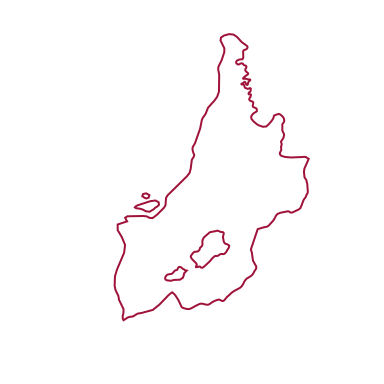 map outline of Selangor (Robinson projection), rotated 53°
{"feature_id": "MYS-1148", "entity_name": "Selangor", "entity_type": "State", "adm_level": 1, "iso_a3": "MYS", "parent_name": "Malaysia", "parent_adm1": "", "projection": "robinson", "projection_center": [101.463, 3.229], "detail": "fine", "context": "isolated", "style": "outline", "palette": "rose", "viewbox_px": 384, "rotation_deg": 53, "n_neighbors": 0, "source": "natural_earth", "source_scale": "10m", "svg_char_len": 5947}
<svg xmlns="http://www.w3.org/2000/svg" viewBox="0 0 384 384"><g transform="rotate(53 192 192)"><path d="M253.2,323.8L251.7,323.6L249.4,322.1L247.6,319.8L244.4,317.2L234.3,315.2L230.5,313.3L224.3,312.1L220.3,310.2L213.0,304.3L208.8,298.6L199.7,282.8L194.0,277.3L185.9,275.2L177.7,274.3L173.2,270.9L176.4,261.5L172.3,260.9L172.6,258.1L181.8,245.4L184.4,242.7L187.1,241.5L189.1,239.1L189.1,233.7L187.7,223.7L186.5,221.0L181.2,216.4L180.0,213.7L176.4,186.6L175.3,182.5L172.7,179.1L166.4,173.0L165.6,171.4L165.0,169.5L163.9,168.0L160.2,166.9L158.4,166.0L156.9,164.8L156.3,163.8L155.0,160.5L146.3,147.4L140.5,140.9L139.4,139.1L137.9,134.3L134.3,128.4L132.5,119.1L131.1,114.6L128.1,110.1L114.7,99.7L110.2,97.5L108.4,96.1L107.4,94.6L104.5,88.9L99.8,82.1L96.7,79.7L88.1,78.0L86.1,75.9L86.3,72.3L88.2,67.4L91.3,64.1L92.0,63.8L95.5,62.7L102.2,62.1L107.3,60.5L108.8,60.2L109.5,60.3L110.1,60.8L110.6,61.8L110.6,62.7L110.5,63.5L110.1,64.8L110.0,65.5L110.2,66.1L110.5,66.6L115.1,69.8L116.0,70.9L116.3,71.7L116.0,72.4L115.3,73.4L114.7,74.6L114.3,75.9L114.2,76.7L114.2,77.4L114.5,78.1L114.8,78.6L115.5,79.0L116.3,79.1L117.6,78.6L118.1,78.2L118.4,77.7L118.6,76.2L118.8,75.5L119.1,74.9L119.5,74.6L120.2,74.2L121.5,74.2L122.0,74.1L123.1,73.3L123.6,73.0L124.3,73.0L124.9,73.3L125.6,74.3L125.9,75.2L126.4,75.9L127.1,76.3L128.6,76.3L130.2,75.8L130.8,75.8L131.4,76.0L131.7,77.0L131.5,79.4L131.7,80.8L131.7,81.5L131.8,82.3L132.0,82.8L132.4,82.9L132.9,82.4L133.6,81.2L134.1,80.7L135.1,80.1L135.6,79.7L136.0,79.3L136.7,78.2L137.2,78.0L137.6,78.0L137.9,78.8L138.0,80.2L138.2,80.9L138.5,81.4L139.4,82.3L139.7,82.8L139.8,83.3L139.4,83.8L138.6,83.9L136.9,83.5L136.1,83.5L135.6,83.9L135.8,85.2L135.7,85.9L135.4,87.1L135.5,87.6L135.9,87.6L137.2,86.3L137.9,86.1L138.7,86.3L139.8,86.8L140.7,86.9L143.1,85.5L143.5,84.7L143.9,83.2L144.3,82.9L145.0,82.9L146.6,84.5L146.9,85.3L146.8,86.5L147.0,87.1L147.4,87.6L147.9,87.8L148.4,87.7L148.8,86.9L149.2,86.4L149.8,86.4L150.6,87.1L151.0,87.8L152.2,90.4L152.8,90.7L153.5,90.8L154.8,90.3L156.2,89.3L156.8,89.1L157.5,89.3L158.5,90.2L159.6,91.6L160.2,91.9L160.9,92.0L163.5,90.5L164.8,90.4L166.5,91.6L166.5,93.3L166.2,94.8L166.2,95.7L166.5,97.2L167.0,98.5L167.3,99.1L167.7,99.6L168.2,99.9L168.8,100.2L169.4,100.5L172.4,100.4L176.9,99.4L178.7,98.7L182.6,96.1L184.4,93.2L184.0,89.6L183.2,85.9L182.3,83.1L182.0,82.6L180.5,80.7L180.4,80.1L180.5,79.5L180.8,78.9L181.2,77.5L181.4,76.8L181.7,76.1L182.0,75.6L182.5,75.2L183.4,74.9L184.6,74.5L187.1,74.2L188.7,74.4L190.5,75.4L191.2,76.1L191.6,76.9L192.0,78.4L192.3,79.0L192.7,79.5L193.7,80.2L194.2,80.5L195.0,81.1L196.1,82.0L197.2,82.8L198.6,83.2L200.8,83.6L201.4,83.8L201.8,84.1L202.3,84.6L203.8,86.5L204.1,87.1L205.0,89.8L205.2,90.3L205.4,90.6L205.9,90.9L207.5,91.4L208.1,91.9L208.5,92.3L209.2,93.4L210.2,94.2L211.3,94.8L211.8,95.2L212.3,95.6L213.6,98.2L213.9,98.6L214.5,98.9L215.1,99.1L216.3,99.0L217.1,98.7L218.6,97.7L220.4,96.2L224.2,91.9L230.7,82.5L231.2,81.5L232.0,80.6L232.4,80.1L235.8,78.9L241.0,88.2L243.4,90.6L244.5,91.2L247.6,93.1L248.6,93.4L249.2,93.4L250.7,93.4L251.4,93.6L255.1,95.2L261.3,99.2L262.4,100.3L263.2,102.3L264.5,104.4L264.8,105.1L264.9,105.8L265.7,108.0L268.4,112.2L270.1,115.2L270.2,117.1L268.9,123.5L268.6,124.4L268.3,125.0L267.9,125.5L267.3,125.8L266.1,126.2L265.1,127.0L261.9,133.7L261.3,135.6L261.0,137.0L261.1,137.8L261.3,138.6L261.5,139.3L261.8,139.9L263.0,142.3L263.7,144.2L265.0,151.0L265.0,152.1L264.8,153.0L263.3,156.2L261.2,161.9L273.2,179.4L274.4,180.0L276.3,180.6L283.1,184.4L284.1,184.7L290.1,185.5L291.1,186.2L291.5,186.6L292.2,187.8L292.8,189.8L294.0,192.2L294.4,193.6L294.6,195.1L294.1,200.6L294.4,202.3L295.1,204.2L296.3,206.5L296.8,207.9L297.2,209.2L297.3,210.0L297.4,211.6L296.4,218.0L296.3,221.0L296.7,224.2L296.9,227.5L297.7,230.4L297.9,231.9L297.7,232.8L297.2,233.5L294.2,235.1L293.7,236.0L293.2,237.3L292.5,240.0L292.1,242.8L292.1,244.5L292.1,245.3L291.8,246.7L291.3,247.5L290.7,248.3L287.3,251.1L286.9,251.5L286.5,252.3L286.0,253.3L285.2,257.2L284.5,262.2L283.9,264.4L283.3,265.4L282.3,266.5L280.1,268.3L278.8,269.1L277.8,269.5L277.1,269.4L270.2,267.9L264.6,267.5L263.1,267.6L260.5,268.1L260.2,268.2L260.1,270.0L260.3,273.2L262.3,285.7L262.6,294.2L258.2,305.2L256.6,308.2L256.3,309.1L256.0,312.8L255.8,314.3L254.7,316.0L253.6,318.6L253.2,323.8ZM252.3,196.7L250.8,196.5L246.4,194.3L244.3,191.6L243.5,191.3L242.8,191.4L241.0,193.2L238.7,194.5L238.3,194.8L238.1,195.1L237.5,196.6L235.0,201.7L234.9,202.4L235.4,209.6L235.7,210.4L236.4,211.9L237.3,213.1L237.9,213.6L240.2,215.2L240.8,215.9L241.1,216.8L241.3,217.7L241.4,218.8L241.5,219.3L241.7,219.6L241.9,219.8L242.5,220.5L242.9,221.8L243.0,222.5L242.9,223.2L242.7,223.7L241.7,225.3L241.3,226.0L241.2,226.8L241.3,227.7L241.7,229.2L242.0,230.3L242.3,231.1L242.8,231.8L243.8,232.2L244.9,232.3L246.1,232.3L251.1,231.6L252.4,231.7L252.9,231.9L253.3,232.3L253.9,233.8L254.4,234.0L254.9,233.4L255.4,232.5L255.7,231.4L256.1,230.7L256.6,230.4L257.3,230.4L258.0,230.1L258.5,229.6L258.8,228.8L258.9,227.6L258.1,219.7L257.2,215.7L256.9,213.3L257.1,211.9L257.5,211.3L258.2,210.5L258.5,209.7L258.7,206.7L259.1,205.8L260.4,204.5L260.7,203.9L260.9,203.0L260.7,201.8L260.4,200.5L259.6,198.7L258.8,196.5L258.2,195.6L257.7,194.9L257.1,194.6L256.3,194.7L254.5,195.6L253.6,196.4L252.3,196.7ZM245.9,265.8L247.2,265.4L249.8,262.8L250.6,261.4L251.2,259.6L254.8,254.4L255.0,250.8L253.6,248.8L252.2,247.2L251.6,243.5L250.2,244.6L249.4,244.8L248.4,245.4L245.7,246.0L244.5,246.7L244.0,247.9L244.4,249.1L245.1,250.3L245.2,251.2L244.7,252.0L244.5,253.3L245.2,256.5L245.1,257.6L244.7,258.3L244.3,259.2L243.8,259.8L243.2,261.7L243.4,263.2L244.1,264.8L245.1,265.6L245.9,265.8ZM182.7,228.8L182.4,230.3L182.7,233.0L182.2,237.8L179.7,240.4L176.2,242.0L173.4,244.2L172.3,245.4L171.3,246.4L169.9,246.9L169.6,245.6L169.9,243.4L174.3,230.7L176.8,226.3L180.1,224.8L182.4,226.1L182.7,228.8ZM170.4,230.0L169.7,232.3L168.3,233.3L165.4,234.2L164.2,232.3L165.5,229.4L168.9,227.9L170.4,230.0Z" fill="none" stroke="#9f1239" stroke-width="2"/></g></svg>